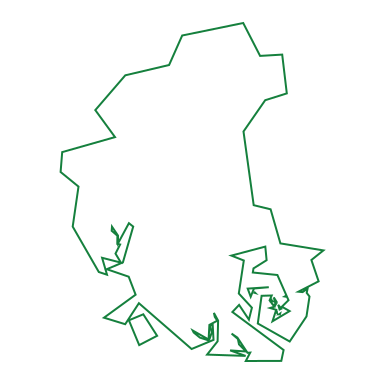 Río de Jesús, Veraguas, Panama
{"feature_id": "35544464B55951329462625", "entity_name": "Río de Jesús", "entity_type": "district", "adm_level": 2, "iso_a3": "PAN", "parent_name": "Panama", "parent_adm1": "Veraguas", "projection": "orthographic", "projection_center": [-81.142, 7.96], "detail": "medium", "context": "isolated", "style": "outline", "palette": "green", "viewbox_px": 384, "rotation_deg": 0, "n_neighbors": 0, "source": "geoboundaries", "source_scale": "gbopen_adm2", "svg_char_len": 1912}
<svg xmlns="http://www.w3.org/2000/svg" viewBox="0 0 384 384"><path d="M125.3,75.3L95.3,110.1L115.0,137.1L62.2,152.1L60.6,172.0L78.5,186.6L72.7,226.6L98.8,272.0L107.0,274.7L102.1,257.8L120.9,262.6L115.5,253.6L120.1,244.5L117.3,243.9L117.4,235.7L111.7,230.8L112.0,226.7L118.0,235.6L118.1,243.2L128.9,223.2L133.2,226.6L122.9,262.4L106.8,269.2L128.7,276.7L135.6,294.7L104.0,317.7L125.2,324.2L138.9,303.2L191.6,349.0L213.5,339.9L212.7,324.8L210.0,325.8L211.8,332.4L209.5,339.0L208.3,340.3L199.9,337.6L193.7,332.5L192.7,330.5L208.6,339.5L209.4,324.9L217.3,320.7L214.8,316.9L213.9,312.9L218.1,320.6L217.6,341.3L207.1,354.6L245.6,355.9L230.1,350.4L246.1,351.5L239.0,344.4L237.9,339.0L231.6,333.6L237.4,337.6L247.5,352.8L250.2,352.6L245.8,361.0L281.3,360.9L283.6,350.0L232.4,312.0L239.1,304.9L248.9,319.6L251.9,307.7L238.8,293.5L243.8,260.5L231.4,255.6L265.3,246.6L266.6,260.2L253.5,268.4L252.8,272.5L277.4,275.0L288.5,300.2L281.9,306.7L289.6,311.1L272.5,321.3L276.2,309.8L270.1,308.0L274.4,306.7L269.6,300.4L271.7,295.5L261.6,295.8L257.8,323.5L289.7,341.5L306.5,316.4L309.5,296.5L306.7,292.9L307.6,288.5L302.6,292.1L298.4,291.7L318.6,281.3L311.4,260.0L323.4,250.4L280.4,243.4L270.6,209.3L253.7,205.2L243.5,131.5L265.2,100.2L286.8,93.4L282.2,54.6L260.1,55.9L243.2,23.0L182.2,35.5L169.1,65.0L125.3,75.3ZM157.1,335.8L143.3,314.3L128.9,320.3L139.2,345.1L157.1,335.8ZM268.8,287.2L247.7,288.6L250.7,296.7L254.0,288.5L268.8,287.2ZM281.3,308.7L278.2,304.8L279.6,309.5L281.3,308.7ZM276.6,301.9L273.8,297.4L275.1,302.5L276.6,301.9ZM284.7,296.5L286.4,296.8L286.1,295.7L284.7,296.5ZM275.2,305.3L275.8,304.3L274.0,304.7L275.2,305.3ZM271.6,301.5L272.7,301.4L272.1,300.8L271.6,301.5ZM270.6,300.5L271.4,300.6L271.4,298.6L270.6,300.5ZM276.4,312.5L277.0,313.0L276.9,312.1L276.4,312.5ZM255.3,293.0L254.8,292.5L254.6,292.8L255.3,293.0ZM279.1,314.3L279.9,314.3L280.1,313.6L279.1,314.3Z" fill="none" stroke="#15803d" stroke-width="2"/></svg>